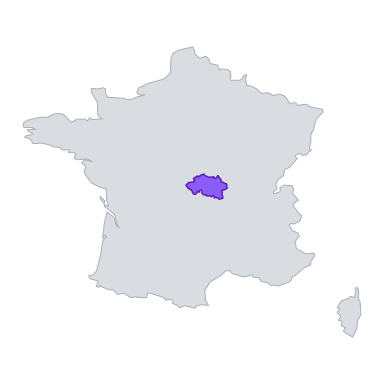 Allier on a map of France (Natural Earth projection)
{"feature_id": "FRA-5264", "entity_name": "Allier", "entity_type": "Metropolitan department", "adm_level": 1, "iso_a3": "FRA", "parent_name": "France", "parent_adm1": "", "projection": "natural_earth1", "projection_center": [3.256, 46.375], "detail": "medium", "context": "in_parent", "style": "filled", "palette": "violet", "viewbox_px": 384, "rotation_deg": 0, "n_neighbors": 0, "source": "natural_earth", "source_scale": "10m", "svg_char_len": 5446}
<svg xmlns="http://www.w3.org/2000/svg" viewBox="0 0 384 384"><path d="M311.5,150.4L308.7,151.8L307.0,154.5L305.3,155.2L302.0,155.2L300.4,153.5L296.5,154.6L294.9,156.3L297.3,158.5L289.6,167.3L284.7,169.6L283.7,175.4L277.9,179.7L275.8,184.3L275.6,185.2L277.1,186.7L276.5,189.6L273.5,191.6L273.6,193.5L274.4,193.7L279.0,192.2L280.7,190.4L279.7,188.0L284.3,185.1L292.4,185.8L293.5,189.7L292.5,193.0L298.4,200.2L293.4,203.5L293.1,205.7L298.5,213.0L301.8,215.9L300.1,220.8L294.6,223.9L291.0,223.6L289.5,224.4L289.7,225.9L292.2,230.3L298.3,233.2L299.2,236.5L297.6,237.7L294.9,242.7L296.1,245.2L295.7,246.3L296.3,248.0L297.9,249.6L306.3,253.9L313.9,253.1L314.9,255.6L310.4,262.1L310.7,265.1L308.3,265.1L308.0,266.1L303.3,268.3L295.8,275.0L292.3,277.0L291.0,280.3L288.9,282.2L278.1,286.0L276.0,285.2L270.7,285.3L267.4,282.9L261.1,281.3L259.0,277.8L253.0,277.2L252.7,274.8L244.4,277.0L232.7,273.8L228.6,270.3L225.3,271.2L222.2,274.3L209.7,282.4L204.7,290.8L205.7,300.6L208.5,305.4L200.9,304.7L196.3,306.1L195.1,308.2L184.3,305.7L180.2,307.8L179.1,307.6L177.7,305.6L172.4,303.3L173.2,301.6L172.5,300.2L167.5,299.0L165.8,300.5L163.9,297.6L149.9,293.1L147.6,293.2L146.7,297.6L137.7,297.5L136.4,296.7L130.6,297.6L124.4,293.5L117.5,294.3L113.4,290.1L109.3,289.8L103.5,287.6L100.9,286.4L100.6,285.2L98.9,287.1L96.7,286.7L96.2,286.1L97.7,283.7L98.0,281.0L90.8,279.0L88.9,277.0L88.9,275.9L92.8,275.0L96.4,271.2L100.0,257.5L102.7,241.2L104.5,238.1L106.7,237.3L105.0,235.1L102.7,238.0L104.3,223.1L107.1,212.0L113.0,216.5L114.4,218.5L116.1,225.2L119.4,228.0L117.3,225.3L115.2,216.4L113.9,213.9L104.5,206.5L104.2,204.8L108.4,205.7L106.7,200.2L106.0,188.7L100.2,187.5L91.0,182.6L84.8,173.8L84.2,170.5L85.9,167.0L84.5,164.8L81.8,163.2L84.0,160.3L85.9,159.9L92.5,161.7L87.1,158.8L78.2,159.8L74.8,158.8L74.2,156.7L76.6,154.1L73.7,152.4L68.7,152.8L68.1,152.1L69.6,150.2L68.3,149.5L64.2,150.2L61.9,149.6L59.7,147.4L53.1,146.9L51.6,145.7L42.5,143.1L32.9,143.6L30.3,139.2L24.6,137.1L25.8,135.8L31.7,134.5L32.8,133.3L28.6,131.5L27.2,129.7L35.0,129.3L31.6,127.4L24.0,127.5L23.0,124.9L24.1,122.3L28.6,119.9L39.7,117.3L47.7,117.2L53.4,114.2L59.0,113.4L64.3,114.9L71.3,122.4L77.1,119.1L85.6,119.2L87.3,121.0L89.7,117.6L91.5,119.6L102.0,118.9L99.6,117.6L97.7,114.4L97.5,102.7L92.4,94.2L91.1,91.1L91.5,88.4L97.7,88.9L102.9,87.8L105.3,88.6L105.8,94.0L107.9,97.2L122.2,98.2L130.4,99.9L137.4,96.8L143.9,95.4L144.5,94.7L140.7,95.0L137.3,93.6L136.9,92.2L138.7,87.9L148.7,83.2L163.3,79.2L167.0,76.5L171.3,71.7L170.4,70.5L171.1,57.4L173.3,53.1L178.8,50.0L192.9,46.9L194.6,51.0L194.5,53.4L198.2,57.0L200.1,58.2L206.2,56.2L209.1,59.6L210.0,63.5L217.4,65.1L219.6,70.1L220.9,69.0L225.6,69.2L227.8,69.7L230.8,71.9L229.9,74.9L231.2,76.3L229.9,79.1L230.8,80.3L239.3,80.3L241.9,79.0L243.0,76.3L245.6,74.6L246.6,75.1L245.0,80.3L246.2,81.6L246.8,85.4L250.0,85.7L256.3,88.6L261.7,93.5L268.2,92.7L273.4,95.5L278.7,94.0L283.7,95.6L285.5,97.0L290.2,103.9L293.8,102.5L296.4,103.3L297.3,105.3L306.8,104.2L308.6,106.1L310.6,106.8L322.8,109.4L323.0,112.0L316.1,119.4L313.3,130.0L311.2,133.7L310.5,136.4L311.1,138.2L310.8,141.1L309.5,148.0L310.4,150.0L311.5,150.4ZM358.8,294.1L358.3,298.6L360.1,301.8L361.0,314.6L357.5,320.7L357.0,328.2L352.7,337.1L345.6,333.1L343.4,331.0L345.3,327.6L341.2,325.7L342.1,322.4L341.6,320.8L338.7,320.6L338.6,319.7L340.6,317.2L340.6,315.6L337.8,313.6L337.2,311.9L339.8,309.9L338.6,308.1L337.1,307.7L340.6,301.8L343.0,300.1L348.4,298.5L350.6,296.3L354.2,297.5L354.9,296.9L355.8,287.7L357.1,287.6L358.3,288.8L358.8,294.1ZM105.0,200.9L104.1,203.5L100.5,199.0L100.1,196.5L105.0,200.9Z" fill="#d9dde1" stroke="#a8b0b8" stroke-width="1"/><path d="M204.0,194.9L203.2,194.5L202.4,193.7L201.8,192.8L201.6,191.8L201.6,190.8L201.5,190.4L201.0,190.2L200.6,190.1L199.7,190.4L199.3,190.7L199.2,192.0L198.8,192.1L197.6,191.4L197.3,191.3L197.1,191.6L197.0,192.6L196.8,192.9L196.0,193.8L195.4,194.2L194.7,194.3L193.4,193.9L193.2,193.4L192.5,192.4L192.2,191.2L191.2,189.9L191.0,189.6L190.6,189.5L190.2,189.8L189.7,189.0L189.4,188.7L188.7,188.6L188.0,188.3L187.9,188.1L187.5,187.0L186.8,186.5L186.0,185.4L186.9,184.0L187.5,183.7L188.1,183.0L189.5,182.4L192.5,182.1L194.6,181.5L194.6,180.9L193.9,180.0L193.8,179.6L194.0,179.2L193.6,178.5L193.7,178.4L193.9,178.2L194.7,178.2L194.8,178.0L194.7,177.5L194.9,177.4L195.5,177.3L197.1,176.0L197.3,176.1L197.5,176.4L198.3,176.7L198.8,176.2L199.0,176.1L199.8,176.3L200.5,175.4L202.0,174.6L203.0,174.3L204.3,174.3L204.4,175.0L204.8,175.5L206.0,176.2L206.6,176.2L207.1,176.3L208.2,177.3L208.4,177.4L208.7,177.4L209.6,177.0L210.3,177.0L211.0,177.1L212.0,177.5L212.5,177.3L212.9,176.8L213.2,176.7L213.8,176.9L214.3,177.8L214.3,178.4L214.4,178.5L214.7,178.5L215.2,178.4L216.8,177.6L216.9,176.9L217.4,176.6L217.6,175.8L218.3,175.9L218.9,176.8L219.1,177.5L219.7,178.1L220.0,178.3L220.2,178.8L220.6,179.4L221.0,179.6L221.1,180.2L221.0,181.6L222.3,182.1L222.5,182.3L223.2,182.4L224.3,183.2L225.9,183.6L226.5,183.9L226.6,184.1L226.7,184.7L226.9,185.2L226.6,186.4L226.8,186.9L226.8,187.4L227.2,187.9L227.1,188.2L226.6,188.6L224.5,189.7L222.9,190.1L221.6,191.1L221.6,191.4L222.1,191.9L222.1,192.3L222.3,193.1L222.2,194.7L222.5,195.5L222.6,196.9L222.9,197.7L222.8,198.0L222.7,198.2L222.4,198.4L220.5,198.8L219.6,199.3L219.0,199.0L217.9,198.1L217.4,197.8L215.8,197.5L215.1,197.6L214.4,197.9L214.4,197.4L213.9,195.8L211.4,196.7L211.0,196.3L209.1,195.8L207.0,196.0L206.6,195.8L206.3,195.6L205.7,194.6L204.0,194.9Z" fill="#8b5cf6" stroke="#5b21b6" stroke-width="1.5"/></svg>